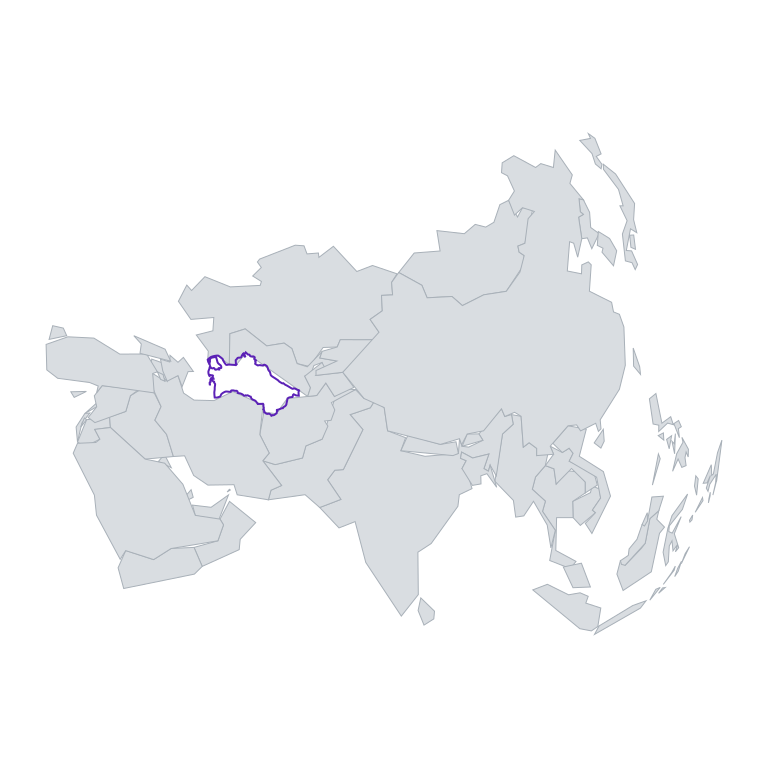 where Turkmenistan sits in Asia
{"feature_id": "TKM", "entity_name": "Turkmenistan", "entity_type": "country or territory", "adm_level": 0, "iso_a3": "TKM", "parent_name": "Asia", "parent_adm1": "", "projection": "orthographic", "projection_center": [58.325, 38.975], "detail": "fine", "context": "in_parent", "style": "outline", "palette": "violet", "viewbox_px": 768, "rotation_deg": 0, "n_neighbors": 45, "source": "natural_earth", "source_scale": "50m", "svg_char_len": 17929}
<svg xmlns="http://www.w3.org/2000/svg" viewBox="0 0 768 768"><path d="M397.0,273.8L391.6,282.4L392.6,294.9L381.5,295.4L382.3,310.8L370.1,319.4L379.0,332.2L377.3,339.8L340.3,339.7L337.2,347.0L323.1,347.5L309.6,366.5L297.1,363.6L291.9,348.6L284.1,343.1L266.7,345.9L245.2,328.9L229.9,333.7L229.3,364.6L217.8,355.7L207.7,359.7L208.3,351.2L196.3,335.0L212.9,330.8L213.8,317.5L190.9,319.4L178.4,301.3L186.8,285.1L191.6,290.5L204.9,276.7L230.3,286.9L260.2,285.4L261.4,281.5L252.7,276.0L261.3,267.5L257.4,262.0L259.6,259.1L295.2,245.2L304.0,245.8L307.0,253.9L318.4,253.0L318.9,257.4L333.4,246.3L356.8,271.5L372.5,265.5L397.0,273.8Z" fill="#d9dde1" stroke="#a8b0b8" stroke-width="1"/><path d="M229.3,364.6L229.9,333.7L245.2,328.9L266.7,345.9L284.1,343.1L291.9,348.6L297.1,363.6L307.3,366.8L322.2,351.3L319.8,358.0L336.9,361.0L329.9,368.2L322.5,368.7L322.0,362.5L313.9,365.5L310.1,376.1L304.7,376.2L310.5,387.7L307.7,396.5L246.1,352.7L236.4,364.7L229.3,364.6Z" fill="#d9dde1" stroke="#a8b0b8" stroke-width="1"/><path d="M716.4,481.8L716.4,481.3L712.9,495.1L715.6,482.7L716.3,474.2L709.8,484.2L708.0,491.4L706.3,488.1L710.4,475.5L707.1,482.9L703.2,483.3L711.3,464.7L711.7,475.4L713.4,473.9L717.5,452.8L721.9,440.1L716.7,480.6L716.4,481.8ZM681.5,561.2L678.2,571.3L674.7,576.6L677.7,568.3L681.5,561.2ZM708.4,502.9L708.9,498.6L710.3,492.2L710.1,495.9L708.4,502.9ZM658.8,510.7L656.8,519.3L664.5,527.1L659.5,533.3L651.3,571.8L623.1,590.5L616.9,574.1L620.4,560.7L625.1,565.3L641.4,548.3L645.2,543.3L649.9,518.6L658.8,510.7ZM695.2,512.3L702.5,497.5L703.0,500.6L695.2,512.3ZM692.0,519.9L689.9,522.1L689.5,520.3L692.7,515.0L692.0,519.9ZM695.8,475.8L698.2,478.9L696.6,495.2L694.5,486.1L695.8,475.8ZM672.0,515.6L687.6,494.0L682.4,509.4L669.3,525.9L668.8,531.6L672.2,533.1L681.2,516.6L674.3,533.7L678.7,547.7L675.4,551.8L677.7,544.3L673.0,550.8L672.0,540.8L669.3,545.9L668.3,561.8L665.7,565.6L663.1,552.2L667.9,528.2L672.0,515.6ZM665.2,587.5L658.6,593.3L662.6,587.9L665.2,587.5ZM663.3,584.4L671.7,572.6L675.3,566.1L674.2,570.2L663.3,584.4ZM655.8,589.3L660.2,587.4L649.8,600.2L655.8,589.3ZM599.1,625.9L632.8,605.5L646.0,600.8L640.4,608.1L594.5,634.4L599.1,625.9ZM585.8,603.1L600.8,608.0L597.8,626.5L591.4,630.9L579.8,628.7L532.8,589.9L547.4,584.3L568.6,594.8L580.1,592.8L588.2,596.3L585.8,603.1Z" fill="#d9dde1" stroke="#a8b0b8" stroke-width="1"/><path d="M681.3,563.7L685.2,553.6L689.5,546.7L681.3,563.7Z" fill="#d9dde1" stroke="#a8b0b8" stroke-width="1"/><path d="M89.9,413.0L81.9,423.0L77.5,442.1L76.1,427.0L84.9,413.4L89.9,413.0Z" fill="#d9dde1" stroke="#a8b0b8" stroke-width="1"/><path d="M96.7,406.8L85.1,413.3L96.3,403.3L96.7,406.8Z" fill="#d9dde1" stroke="#a8b0b8" stroke-width="1"/><path d="M86.6,419.7L80.7,427.1L84.4,418.0L86.6,419.7Z" fill="#d9dde1" stroke="#a8b0b8" stroke-width="1"/><path d="M86.6,419.7L109.6,416.9L110.4,427.5L94.7,429.4L99.9,439.2L84.8,446.6L77.5,442.1L86.6,419.7Z" fill="#d9dde1" stroke="#a8b0b8" stroke-width="1"/><path d="M192.5,505.1L211.1,507.3L228.5,494.9L218.4,520.8L195.3,515.4L192.5,505.1Z" fill="#d9dde1" stroke="#a8b0b8" stroke-width="1"/><path d="M186.9,500.5L186.8,494.6L191.1,489.7L193.2,497.3L186.9,500.5Z" fill="#d9dde1" stroke="#a8b0b8" stroke-width="1"/><path d="M164.4,454.3L171.3,467.7L158.3,461.6L164.4,454.3Z" fill="#d9dde1" stroke="#a8b0b8" stroke-width="1"/><path d="M110.4,427.5L109.6,416.9L125.8,411.4L130.4,395.7L141.5,389.0L154.2,392.9L161.1,406.6L154.9,420.2L166.6,434.4L173.4,456.5L145.1,459.1L110.4,427.5Z" fill="#d9dde1" stroke="#a8b0b8" stroke-width="1"/><path d="M220.0,519.1L229.5,501.4L255.7,522.6L240.2,539.3L239.2,549.6L202.2,566.4L194.0,547.4L217.9,540.8L223.5,524.9L220.0,519.1ZM230.3,490.0L227.1,492.0L229.4,489.3L230.3,490.0Z" fill="#d9dde1" stroke="#a8b0b8" stroke-width="1"/><path d="M573.1,517.6L572.7,501.4L590.5,492.6L591.9,485.9L599.5,489.0L600.6,498.1L592.4,510.1L595.5,512.7L580.3,525.4L573.1,517.6Z" fill="#d9dde1" stroke="#a8b0b8" stroke-width="1"/><path d="M585.3,492.9L572.7,501.4L573.1,517.6L556.6,517.6L555.8,550.5L576.0,561.4L570.3,568.6L549.7,560.5L555.3,530.3L542.5,511.4L545.4,501.2L532.3,489.3L535.5,477.0L545.3,465.6L554.0,468.8L556.2,484.1L567.2,470.7L577.3,471.8L585.3,482.1L585.3,492.9Z" fill="#d9dde1" stroke="#a8b0b8" stroke-width="1"/><path d="M597.3,485.1L585.3,492.9L585.3,482.1L571.5,468.5L556.2,484.1L554.0,468.8L545.3,465.6L553.6,454.3L550.2,446.2L562.3,452.5L569.1,448.2L573.1,453.3L569.2,461.2L594.1,473.1L597.3,485.1Z" fill="#d9dde1" stroke="#a8b0b8" stroke-width="1"/><path d="M545.3,465.6L535.5,477.0L532.3,489.3L545.4,501.2L542.5,511.4L555.3,530.3L550.9,547.9L547.2,525.0L533.5,501.3L523.8,515.9L515.7,517.1L513.4,500.4L494.9,481.3L502.5,434.0L513.2,424.2L511.5,414.6L521.1,416.3L523.3,447.2L529.1,442.7L536.7,448.4L536.7,455.6L548.4,451.4L545.3,465.6Z" fill="#d9dde1" stroke="#a8b0b8" stroke-width="1"/><path d="M585.3,523.4L595.5,512.7L592.4,510.1L600.6,498.1L596.6,477.2L569.2,461.2L573.1,453.3L569.1,448.2L562.3,452.5L552.8,443.3L568.0,425.8L586.3,429.1L579.3,456.3L603.4,471.6L610.5,496.1L591.9,533.5L585.3,523.4Z" fill="#d9dde1" stroke="#a8b0b8" stroke-width="1"/><path d="M583.4,199.8L589.6,212.3L590.7,227.5L599.1,233.6L591.8,248.7L587.4,237.9L581.8,238.7L580.7,231.6L578.6,217.2L583.4,214.4L580.3,211.8L579.0,198.7L583.4,199.8Z" fill="#d9dde1" stroke="#a8b0b8" stroke-width="1"/><path d="M597.3,245.4L598.3,231.5L609.6,238.5L616.7,250.8L613.5,265.8L602.0,252.2L603.0,248.2L597.3,245.4Z" fill="#d9dde1" stroke="#a8b0b8" stroke-width="1"/><path d="M398.7,272.5L414.2,253.0L440.1,251.0L436.9,230.6L464.3,233.7L475.2,224.4L485.7,227.1L493.9,222.3L499.9,204.6L508.6,200.3L517.5,217.0L522.5,207.7L532.8,208.9L524.9,243.3L517.9,246.1L519.1,252.1L524.2,255.6L523.0,266.0L506.3,291.3L483.8,294.8L462.4,305.6L452.0,296.5L427.1,297.8L421.9,285.3L398.7,272.5Z" fill="#d9dde1" stroke="#a8b0b8" stroke-width="1"/><path d="M511.5,414.6L513.2,424.2L502.5,434.0L496.3,475.9L490.1,465.1L488.4,471.2L483.9,468.6L488.9,454.0L472.6,458.0L461.6,452.1L460.5,458.3L466.2,460.7L462.0,468.6L466.5,469.2L472.0,488.6L459.3,494.7L457.9,506.3L431.2,543.5L417.9,552.2L418.3,594.6L401.3,616.1L365.8,562.5L355.1,521.6L339.0,527.9L319.7,507.5L340.9,499.4L327.6,479.8L334.8,470.2L343.3,469.6L362.9,429.6L350.1,414.6L370.3,407.8L375.3,399.6L384.2,407.6L387.6,430.8L405.6,437.7L400.9,450.7L425.0,456.3L458.4,453.5L459.5,438.7L462.1,446.3L468.7,447.1L482.9,440.3L478.9,433.9L501.5,408.8L504.8,416.5L511.5,414.6Z" fill="#d9dde1" stroke="#a8b0b8" stroke-width="1"/><path d="M490.1,465.1L496.7,487.3L486.9,473.7L480.8,475.8L481.0,483.9L472.4,485.4L462.0,468.6L466.2,460.7L460.5,458.3L461.6,452.1L472.6,458.0L488.9,454.0L483.9,468.6L488.4,471.2L490.1,465.1Z" fill="#d9dde1" stroke="#a8b0b8" stroke-width="1"/><path d="M478.9,433.9L482.9,440.3L462.1,446.3L467.2,434.0L478.9,433.9Z" fill="#d9dde1" stroke="#a8b0b8" stroke-width="1"/><path d="M456.0,441.8L458.4,453.5L452.9,455.6L400.9,450.7L408.0,435.0L440.4,444.4L456.0,441.8Z" fill="#d9dde1" stroke="#a8b0b8" stroke-width="1"/><path d="M375.3,399.6L370.3,407.8L350.1,414.6L362.9,429.6L343.3,469.6L334.8,470.2L327.6,479.8L340.9,499.4L319.7,507.5L305.1,494.7L268.4,499.8L271.0,490.2L281.6,485.5L262.8,460.8L275.2,464.6L302.5,458.0L305.9,445.9L322.2,439.1L334.8,398.4L355.5,389.6L364.0,398.5L375.3,399.6Z" fill="#d9dde1" stroke="#a8b0b8" stroke-width="1"/><path d="M287.2,398.6L316.7,395.5L325.8,383.0L334.5,396.5L342.8,388.8L355.5,389.6L331.4,402.6L334.8,410.0L331.1,420.3L324.6,421.0L327.9,426.1L322.2,439.1L305.9,445.9L302.5,458.0L275.2,464.6L262.8,460.8L269.2,453.1L259.8,434.6L263.9,412.1L276.1,413.7L287.2,398.6Z" fill="#d9dde1" stroke="#a8b0b8" stroke-width="1"/><path d="M307.7,396.5L310.5,387.7L304.7,376.2L322.0,362.5L325.0,368.1L316.0,375.4L342.8,372.3L353.9,387.4L334.5,396.5L325.8,383.0L316.7,395.5L307.7,396.5Z" fill="#d9dde1" stroke="#a8b0b8" stroke-width="1"/><path d="M322.2,351.3L337.2,347.0L340.3,339.7L377.3,339.8L342.8,372.3L316.0,375.4L316.0,370.5L336.9,361.0L319.8,358.0L322.2,351.3Z" fill="#d9dde1" stroke="#a8b0b8" stroke-width="1"/><path d="M173.4,456.5L166.6,434.4L154.9,420.2L161.1,406.6L151.6,385.7L152.7,373.5L164.8,381.1L178.0,375.6L183.6,393.1L194.0,400.1L214.0,400.6L232.9,391.5L263.1,405.1L259.8,434.6L269.2,453.1L262.8,460.8L281.6,485.5L271.0,490.2L268.4,499.8L237.2,494.8L234.0,484.7L207.9,485.1L193.7,475.5L184.6,455.8L173.4,456.5Z" fill="#d9dde1" stroke="#a8b0b8" stroke-width="1"/><path d="M88.2,417.5L96.7,406.8L94.3,395.8L102.2,385.6L138.5,389.8L130.4,395.7L125.8,411.4L94.9,422.6L88.2,417.5Z" fill="#d9dde1" stroke="#a8b0b8" stroke-width="1"/><path d="M167.2,381.2L151.0,366.2L151.7,359.1L163.6,363.3L167.2,381.2Z" fill="#d9dde1" stroke="#a8b0b8" stroke-width="1"/><path d="M154.2,392.9L102.2,385.6L96.6,392.8L98.2,386.0L89.5,382.5L57.7,378.3L46.8,369.9L46.1,344.4L67.9,336.8L93.9,338.1L119.8,354.1L146.6,354.0L157.4,371.8L152.7,373.5L154.2,392.9ZM52.7,325.7L63.3,328.1L66.7,335.7L49.1,339.4L52.7,325.7Z" fill="#d9dde1" stroke="#a8b0b8" stroke-width="1"/><path d="M434.5,611.2L433.8,618.9L424.0,625.1L418.1,610.5L420.8,597.9L434.5,611.2Z" fill="#d9dde1" stroke="#a8b0b8" stroke-width="1"/><path d="M600.9,448.1L594.2,442.9L603.3,429.3L604.2,441.2L600.9,448.1ZM342.8,372.3L379.0,332.2L370.1,319.4L382.3,310.8L381.5,295.4L392.6,294.9L391.6,282.4L398.7,272.5L421.9,285.3L427.1,297.8L452.0,296.5L462.4,305.6L483.8,294.8L506.3,291.3L520.0,272.0L524.2,255.6L519.1,252.1L517.9,246.1L524.9,243.3L528.1,218.7L534.4,211.5L522.5,207.7L514.5,215.1L508.6,200.3L514.4,191.0L507.5,175.8L501.5,172.7L502.2,162.8L513.8,155.7L535.6,167.5L540.8,163.6L553.4,167.5L555.2,150.1L572.3,174.9L569.9,183.4L583.4,199.8L579.0,198.7L580.3,211.8L583.4,214.4L578.6,217.2L581.8,238.7L577.7,257.2L573.7,243.2L569.6,241.7L567.3,271.0L581.5,273.8L581.8,264.9L588.3,261.9L591.2,264.8L589.4,291.2L611.6,302.3L613.5,311.9L619.4,314.3L623.9,327.0L625.3,365.3L619.4,389.3L600.2,419.8L601.0,428.8L598.4,431.4L595.7,423.3L580.6,430.9L576.6,424.9L568.0,425.8L550.2,446.2L553.6,454.3L536.7,455.6L536.7,448.4L529.1,442.7L523.3,447.2L521.1,416.3L514.6,412.3L504.8,416.5L501.5,408.8L483.6,430.8L467.2,434.0L461.6,444.8L459.5,438.7L440.4,444.4L387.6,430.8L384.2,407.6L364.0,398.5L342.8,372.3Z" fill="#d9dde1" stroke="#a8b0b8" stroke-width="1"/><path d="M633.2,348.0L639.7,366.8L640.5,374.4L633.6,366.1L633.2,348.0Z" fill="#d9dde1" stroke="#a8b0b8" stroke-width="1"/><path d="M170.0,355.3L178.0,362.3L183.4,357.4L193.4,371.5L188.1,371.6L182.1,386.7L178.0,375.6L167.2,381.2L162.8,371.0L160.5,359.2L169.7,362.0L170.0,355.3ZM164.8,381.1L160.6,379.4L157.4,371.8L163.1,374.6L164.8,381.1Z" fill="#d9dde1" stroke="#a8b0b8" stroke-width="1"/><path d="M133.8,335.7L165.1,349.2L170.7,361.2L140.0,353.3L141.3,344.0L133.8,335.7Z" fill="#d9dde1" stroke="#a8b0b8" stroke-width="1"/><path d="M663.8,440.1L658.2,435.6L663.4,432.9L663.8,440.1ZM674.6,453.8L672.0,441.3L674.2,443.7L675.4,433.6L674.6,453.8ZM681.9,437.3L688.4,449.2L688.2,457.0L686.1,452.0L685.0,457.6L686.1,465.6L681.8,467.4L678.1,459.0L672.6,471.3L676.7,453.7L683.0,442.2L681.9,437.3ZM660.2,458.7L652.4,485.1L658.4,453.9L660.2,458.7ZM655.9,393.5L661.9,423.2L670.7,416.7L673.3,424.7L667.6,423.1L658.7,431.5L658.8,425.2L653.1,424.0L649.4,398.8L655.9,393.5ZM669.2,448.8L666.6,439.4L671.6,435.7L669.2,448.8ZM678.6,420.5L681.3,426.7L678.4,428.6L679.4,437.7L673.9,423.6L678.6,420.5Z" fill="#d9dde1" stroke="#a8b0b8" stroke-width="1"/><path d="M563.3,567.0L581.4,563.2L590.4,587.0L573.0,587.7L563.3,567.0ZM658.8,510.7L649.9,518.6L645.2,543.3L625.1,565.3L621.5,564.4L620.4,560.7L628.3,555.4L629.1,548.9L637.0,539.3L642.1,524.5L647.5,520.9L651.9,497.0L663.4,496.2L658.8,510.7Z" fill="#d9dde1" stroke="#a8b0b8" stroke-width="1"/><path d="M647.3,512.7L647.5,520.9L644.5,526.0L642.1,524.5L647.3,512.7Z" fill="#d9dde1" stroke="#a8b0b8" stroke-width="1"/><path d="M615.6,174.0L634.6,203.5L633.6,219.7L636.8,232.7L630.5,228.8L626.3,250.5L631.6,250.9L637.6,264.5L635.2,269.6L632.0,262.7L625.4,260.9L622.4,234.0L627.1,220.7L619.9,205.8L623.1,205.8L618.5,189.4L603.5,169.4L603.3,164.2L615.6,174.0ZM590.5,138.4L588.3,133.6L594.9,138.3L601.1,153.9L596.2,156.4L601.9,164.3L601.1,168.8L595.4,164.0L592.0,153.6L579.8,140.4L590.5,138.4ZM630.9,247.3L629.7,235.2L633.7,235.0L635.5,249.3L630.9,247.3Z" fill="#d9dde1" stroke="#a8b0b8" stroke-width="1"/><path d="M194.0,547.4L202.2,566.4L194.4,574.1L123.7,588.5L118.1,567.8L125.7,550.6L153.6,559.6L171.1,548.5L194.0,547.4Z" fill="#d9dde1" stroke="#a8b0b8" stroke-width="1"/><path d="M77.5,443.3L95.8,442.5L99.9,439.2L94.7,429.4L110.4,427.5L145.1,459.1L164.7,463.2L182.9,484.3L195.3,515.4L220.0,519.1L223.5,524.9L217.9,540.8L171.1,548.5L153.6,559.6L125.7,550.6L120.2,559.3L96.5,515.2L94.4,495.1L73.2,453.2L77.5,443.3Z" fill="#d9dde1" stroke="#a8b0b8" stroke-width="1"/><path d="M86.4,391.4L74.2,397.4L70.8,391.8L86.4,391.4Z" fill="#d9dde1" stroke="#a8b0b8" stroke-width="1"/><path d="M229.4,364.5L231.0,364.7L232.5,364.8L234.4,364.9L234.9,365.0L235.6,365.1L235.9,365.1L236.2,364.8L236.4,364.6L236.6,364.4L236.5,364.2L236.3,364.1L235.9,363.6L235.8,361.7L235.7,360.2L236.1,359.7L236.6,359.3L237.3,358.3L237.7,357.9L238.3,357.7L240.2,357.6L241.0,357.4L241.3,357.1L241.7,356.2L241.8,355.5L242.1,355.2L242.3,354.9L242.6,354.9L243.2,355.1L243.6,355.3L243.9,355.4L244.2,355.7L244.5,356.1L244.5,356.4L244.6,356.6L244.8,356.6L245.0,356.6L245.2,356.3L245.1,356.2L244.8,355.6L244.0,354.6L243.4,354.2L243.2,353.9L243.1,353.7L243.5,353.4L243.8,353.2L244.4,353.4L245.1,353.4L245.5,353.3L245.8,352.5L246.7,353.3L247.6,354.3L247.9,354.5L248.6,354.6L249.1,354.6L249.4,354.7L249.6,354.9L250.1,356.0L250.6,356.3L251.2,356.5L253.1,356.4L253.7,356.5L254.2,356.9L254.5,357.1L254.7,357.3L254.6,357.5L254.5,357.8L254.5,358.3L254.5,358.8L254.3,359.0L254.4,359.3L255.3,359.7L255.7,360.1L255.9,360.3L256.0,360.5L255.8,360.7L255.4,360.6L255.2,360.9L255.2,361.4L255.5,361.9L255.6,362.3L255.4,362.7L255.2,363.3L255.2,363.7L255.3,364.0L256.0,364.4L257.7,365.4L258.0,365.4L259.6,365.1L260.3,365.1L260.7,365.3L261.9,365.4L262.3,365.5L262.7,365.5L263.2,365.5L263.6,365.0L263.7,364.9L263.9,364.8L264.2,364.7L265.2,365.0L266.2,365.6L266.9,366.2L267.2,366.7L267.7,367.8L268.2,369.6L268.9,370.8L269.6,371.3L270.1,372.5L270.7,374.9L271.0,375.4L271.3,375.7L272.1,376.4L273.8,377.5L274.8,378.1L276.4,379.2L277.8,380.1L279.3,381.6L279.6,381.8L280.9,382.6L282.3,383.4L283.3,383.2L284.8,384.4L285.4,384.9L285.7,385.0L286.8,385.5L288.5,386.5L290.8,387.9L292.2,388.7L292.6,388.8L293.0,388.8L293.4,388.5L293.8,388.3L294.6,388.5L295.4,388.8L295.9,389.0L296.6,389.4L297.1,389.7L297.5,389.9L298.7,390.1L298.9,390.3L299.1,390.5L298.5,392.0L298.6,393.6L298.7,394.8L298.8,395.7L298.5,395.7L297.7,395.6L296.0,395.4L294.6,394.7L293.7,394.3L293.2,394.7L292.9,395.2L292.8,396.0L292.5,397.0L290.8,397.2L289.4,397.4L288.5,397.8L287.6,398.4L287.5,399.0L287.3,399.8L286.9,401.7L286.5,403.4L286.4,404.4L286.0,405.2L285.1,406.2L283.9,406.9L283.3,407.3L283.1,407.7L283.0,408.0L282.8,408.2L282.3,408.1L281.8,408.2L280.7,408.7L279.5,409.2L278.1,409.7L277.3,409.8L276.9,409.9L276.8,410.1L277.0,410.6L277.1,410.9L277.3,411.3L276.9,411.7L276.7,412.3L276.6,413.3L276.1,413.6L275.3,414.2L274.4,414.9L274.1,415.0L273.6,415.2L273.1,415.2L272.6,415.1L272.1,415.3L271.6,415.8L271.3,415.7L271.2,415.2L270.9,414.9L270.0,414.2L269.3,413.7L268.9,413.6L268.3,413.8L267.5,413.9L266.8,413.8L266.2,413.6L265.4,412.9L265.1,412.5L264.8,412.3L264.3,412.4L264.1,412.0L264.1,411.6L264.2,411.2L264.1,410.3L263.8,409.6L263.4,409.4L263.5,409.2L263.6,408.7L263.8,408.3L263.8,407.6L263.5,406.7L263.4,405.5L263.4,404.4L263.0,403.8L260.3,403.9L257.8,404.0L257.7,403.8L256.7,402.4L255.9,401.3L255.1,400.6L253.3,399.8L252.5,399.5L251.8,398.9L251.2,398.2L251.0,397.3L250.9,397.0L250.7,396.7L250.3,396.7L248.3,395.6L247.5,395.3L246.7,395.5L246.4,395.6L245.7,395.3L244.9,395.7L244.6,395.7L244.1,395.6L243.8,395.5L242.7,394.5L241.9,394.1L241.3,393.8L240.1,393.4L238.8,393.2L238.2,393.1L237.7,392.9L237.6,392.7L237.6,392.3L237.6,391.9L237.5,391.5L237.1,391.1L236.7,390.8L235.9,390.8L234.8,390.8L233.9,390.5L233.3,390.4L232.4,390.4L231.7,390.4L231.2,390.6L231.0,390.9L230.8,391.7L230.6,391.8L230.3,391.9L229.9,391.8L229.1,391.8L227.7,391.6L226.0,391.5L224.7,391.9L223.6,392.5L222.6,393.1L221.4,394.1L221.1,394.6L220.3,396.4L220.0,396.6L219.6,396.8L219.2,396.9L218.4,397.1L217.3,397.5L216.6,397.6L214.7,397.5L214.6,396.9L214.4,394.7L214.3,392.5L214.4,391.5L214.7,389.5L214.7,388.5L214.7,387.6L214.8,386.7L215.0,385.7L215.1,384.7L215.1,384.0L214.7,383.4L214.2,382.6L214.1,382.2L214.1,381.7L213.5,381.6L213.0,381.1L212.6,380.8L211.8,380.5L211.3,380.4L210.9,380.6L210.6,381.1L210.4,380.4L210.4,379.6L211.2,378.2L211.7,378.7L212.2,378.9L212.9,378.9L213.6,378.8L213.5,378.3L213.2,378.0L212.8,377.8L212.7,377.1L212.8,376.4L213.0,375.8L212.8,375.5L212.5,375.3L211.7,375.3L210.8,375.1L209.8,374.9L209.5,375.7L210.0,376.7L209.6,376.2L209.2,375.5L208.7,374.3L208.4,372.9L208.4,371.4L208.8,370.2L209.3,369.0L209.6,367.5L210.1,366.1L210.4,366.8L210.7,367.4L211.2,368.0L211.5,368.1L212.4,368.4L213.0,368.3L213.6,368.0L214.2,368.2L214.7,368.8L215.1,369.5L215.8,369.7L217.2,369.3L217.9,369.2L218.4,369.4L218.7,369.5L219.0,369.5L218.8,368.8L218.7,368.2L219.1,368.0L220.1,368.3L220.9,368.1L221.0,368.0L221.2,367.9L221.3,367.4L221.3,366.9L221.2,366.4L221.0,365.9L220.6,365.3L218.7,363.8L218.1,363.2L217.6,362.4L217.3,361.4L217.0,360.3L216.8,359.5L216.2,357.6L216.0,357.3L215.7,357.2L214.9,357.1L214.1,357.2L212.7,357.5L212.0,357.3L211.6,357.5L210.7,358.2L210.3,358.9L209.6,360.4L210.0,360.9L210.0,361.2L209.5,363.5L209.7,364.6L209.4,364.4L209.0,363.3L208.2,361.8L207.7,359.7L209.0,358.4L210.2,357.5L211.1,356.9L211.4,356.8L212.6,356.4L214.2,356.0L215.3,355.8L216.8,355.6L217.3,355.6L218.1,355.6L218.6,355.9L219.0,356.1L220.2,357.0L221.4,357.9L222.5,358.9L222.8,359.3L222.9,359.8L223.0,360.2L223.9,361.7L224.3,362.4L224.8,363.2L225.2,363.7L225.6,364.2L225.9,364.6L226.2,364.8L226.6,364.9L227.5,364.8L228.5,364.6L229.1,364.5L229.4,364.5ZM210.0,384.9L209.9,385.3L209.7,384.1L209.6,382.8L209.8,382.4L210.1,382.5L209.8,382.9L210.0,384.9Z" fill="none" stroke="#5b21b6" stroke-width="2"/></svg>